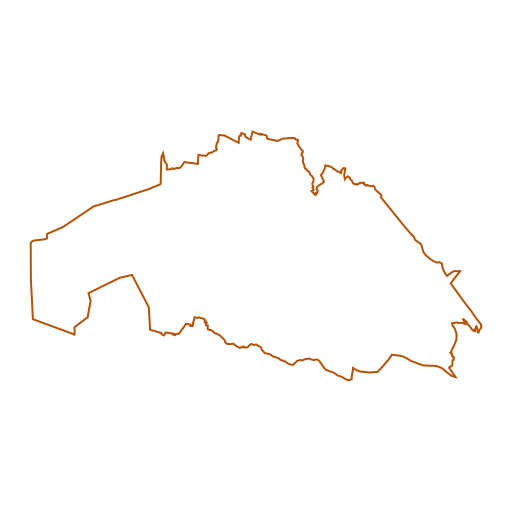 outline of Texcoco, México, Mexico
{"feature_id": "50627088B50126405105256", "entity_name": "Texcoco", "entity_type": "district", "adm_level": 2, "iso_a3": "MEX", "parent_name": "Mexico", "parent_adm1": "México", "projection": "equal_earth", "projection_center": [-98.834, 19.476], "detail": "fine", "context": "isolated", "style": "outline", "palette": "amber", "viewbox_px": 512, "rotation_deg": 0, "n_neighbors": 0, "source": "geoboundaries", "source_scale": "gbopen_adm2", "svg_char_len": 6075}
<svg xmlns="http://www.w3.org/2000/svg" viewBox="0 0 512 512"><path d="M47.1,233.8L47.1,238.4L45.3,239.2L33.7,240.6L32.6,241.1L31.9,241.6L30.7,242.9L30.9,279.9L32.9,319.2L73.9,334.3L74.0,334.7L74.4,334.7L74.6,333.3L74.6,332.6L74.5,328.7L74.7,327.1L87.0,317.7L87.5,317.6L87.9,316.6L87.9,315.7L88.7,311.2L90.5,301.7L90.7,301.3L88.5,293.1L119.7,277.8L132.0,274.9L148.8,307.3L150.1,329.8L160.8,332.8L160.7,333.2L161.4,333.4L162.2,334.7L164.0,335.4L165.7,332.5L167.5,332.9L171.9,333.4L173.0,333.6L172.9,334.5L175.2,335.1L175.4,333.9L177.7,334.0L179.1,333.5L186.1,323.8L190.4,324.6L190.3,325.9L192.5,326.2L193.1,323.9L192.8,323.8L194.7,317.2L197.5,318.0L198.7,317.3L204.5,319.1L204.7,320.2L205.1,320.4L204.7,321.5L205.9,321.6L205.5,322.8L206.6,322.9L205.9,325.3L207.8,325.5L207.7,328.3L207.9,328.7L207.9,329.4L209.7,330.1L210.9,329.9L212.9,331.4L214.0,332.5L215.8,333.7L216.7,333.6L220.4,335.8L221.0,336.7L224.3,339.7L225.1,341.2L225.1,342.0L227.0,343.9L230.8,344.2L231.8,343.9L233.7,343.9L234.6,344.9L237.8,346.9L239.7,347.8L240.9,347.6L242.0,346.9L242.3,347.1L242.7,346.7L243.6,347.0L244.2,346.8L244.6,347.5L244.8,347.4L247.4,347.5L247.6,347.3L249.6,345.1L251.0,344.1L252.0,344.1L253.5,345.1L254.9,344.9L255.9,344.4L256.8,344.8L257.6,345.6L260.7,347.1L261.2,347.8L261.7,349.6L265.0,353.3L267.6,353.6L270.8,354.6L272.6,356.3L277.2,357.8L279.1,358.6L280.2,359.7L281.6,360.2L282.1,360.2L283.7,361.2L284.8,361.2L287.9,363.5L290.9,364.7L293.2,364.8L293.3,364.2L293.7,364.0L295.6,362.5L296.9,361.1L299.4,360.2L300.6,360.0L302.2,360.5L302.6,360.5L304.3,359.3L306.6,359.1L308.4,358.5L309.4,358.7L310.8,359.3L313.1,360.0L314.3,360.0L316.0,359.5L317.5,359.6L319.4,361.1L324.8,368.9L325.8,369.8L327.3,370.3L330.5,371.6L331.8,371.8L334.4,373.1L338.3,375.8L342.0,376.8L342.7,377.4L344.8,378.7L347.1,379.8L349.2,380.4L350.5,379.4L351.6,379.3L352.0,374.6L352.6,371.9L353.1,367.9L354.5,368.9L356.8,370.3L359.6,371.3L361.9,371.7L369.8,372.5L374.3,372.1L377.3,372.0L378.7,370.7L384.4,364.5L385.9,362.5L388.2,360.1L389.9,357.9L391.8,354.7L401.4,356.0L405.7,357.8L408.2,359.3L409.4,359.9L410.3,360.6L412.3,361.5L414.9,362.3L417.9,363.6L423.5,365.4L436.4,366.0L441.6,368.0L444.3,370.0L446.5,372.0L450.7,375.2L451.9,375.9L452.7,376.3L455.6,377.0L449.1,367.9L449.4,367.1L449.8,366.7L450.9,366.6L451.4,366.2L452.3,365.2L452.5,364.0L452.3,361.0L452.6,360.5L452.8,360.2L453.7,359.8L454.0,358.1L453.4,357.7L453.5,356.9L453.1,356.3L452.3,356.2L452.1,355.8L452.0,354.1L451.7,354.1L451.4,353.8L451.0,353.1L450.3,352.7L450.8,352.2L451.3,352.1L451.4,350.6L451.8,349.9L454.2,345.2L456.0,340.8L456.5,338.6L456.5,334.3L456.2,332.6L454.6,328.3L453.5,326.8L452.6,325.7L452.1,323.2L456.9,322.5L458.2,322.9L461.2,322.8L462.9,323.2L465.2,324.0L464.3,321.8L463.1,319.3L463.5,319.3L465.1,320.5L467.1,322.6L467.6,324.2L469.1,325.6L471.0,328.0L472.1,329.8L473.8,330.9L474.1,330.0L475.1,330.9L475.2,330.3L475.1,329.5L475.8,327.6L475.9,327.0L476.4,326.3L476.8,326.9L477.1,328.0L477.8,331.9L478.2,332.6L478.5,332.6L479.2,330.6L480.1,329.1L480.7,328.3L481.3,327.1L481.3,326.6L481.0,325.5L481.1,324.5L476.9,319.3L471.9,312.0L464.6,302.6L450.7,283.3L460.1,271.2L455.0,271.1L452.8,271.6L447.0,275.9L445.5,273.9L443.8,270.9L443.3,269.7L442.6,267.7L441.8,263.5L439.1,262.1L437.8,262.6L436.5,262.5L433.1,260.9L430.8,259.4L427.7,257.0L426.3,255.6L424.9,254.1L423.5,252.2L421.1,244.2L415.0,239.8L414.0,237.2L411.4,234.0L412.2,235.4L403.7,225.5L380.9,197.3L381.4,195.1L375.6,189.9L374.3,186.7L373.2,185.8L370.8,186.3L367.2,185.0L366.4,185.6L366.3,185.3L365.0,184.8L364.2,183.4L364.0,183.6L363.6,182.8L362.9,183.2L362.4,182.6L359.4,183.1L359.3,183.5L358.6,183.6L358.4,184.0L357.1,184.6L356.3,184.1L356.2,184.3L355.5,184.5L355.2,184.3L354.7,184.3L353.1,183.3L352.9,183.1L353.0,182.8L351.8,180.7L351.6,180.6L350.2,179.1L349.5,177.5L348.3,176.6L347.7,176.4L346.9,177.1L346.6,177.5L345.5,177.9L344.9,179.0L344.1,175.4L345.4,168.5L343.6,168.0L341.4,170.3L341.1,173.0L339.5,172.1L339.4,172.2L336.9,171.0L335.2,169.8L333.4,168.8L332.1,167.5L329.7,166.4L327.7,165.8L326.1,165.7L325.4,165.4L324.7,168.6L322.3,173.5L320.9,174.9L324.0,181.7L322.4,183.3L319.3,185.1L316.9,187.2L316.6,188.4L316.7,189.4L317.7,190.6L317.4,192.3L316.5,194.1L315.6,193.2L315.0,194.7L313.9,193.5L311.5,191.1L313.6,190.0L312.5,187.5L313.4,187.0L313.1,186.6L312.3,183.9L312.7,182.6L313.3,181.6L313.6,179.1L313.2,178.0L311.8,175.9L311.3,175.5L310.6,175.2L310.4,174.9L310.1,174.3L309.8,173.3L309.1,171.8L308.3,171.2L307.6,171.1L306.1,169.0L305.1,168.4L304.9,168.2L304.8,167.5L304.4,166.9L304.4,165.5L304.2,165.0L303.6,163.6L303.0,162.8L302.8,162.2L302.9,161.5L302.8,160.6L303.3,159.4L302.8,157.0L302.1,155.8L301.4,155.1L301.4,154.7L301.6,154.4L301.7,153.4L301.9,153.1L302.3,153.0L302.5,152.8L302.8,151.1L301.2,149.4L299.0,146.4L297.3,143.3L298.1,140.0L295.9,139.4L295.5,139.4L295.0,139.0L294.8,138.7L294.8,138.3L293.5,138.1L293.4,137.9L283.4,138.6L282.7,138.7L279.0,140.4L276.8,141.0L276.7,140.7L269.5,139.3L267.3,138.6L266.6,135.6L260.8,133.9L260.8,134.7L259.9,134.5L252.5,131.6L250.6,139.7L248.1,138.4L245.6,136.9L244.8,135.0L244.8,134.6L244.9,134.3L241.4,133.0L240.9,135.6L240.1,135.4L239.0,137.3L238.7,142.8L225.3,136.0L225.3,135.8L224.9,135.5L221.4,135.3L219.0,134.9L218.8,135.1L218.3,139.1L218.3,141.4L216.8,143.0L216.0,147.7L216.9,149.1L216.7,149.9L215.8,150.5L215.2,150.7L214.5,150.7L213.9,151.2L212.6,151.9L212.5,152.1L209.8,153.1L208.7,153.1L208.4,153.3L207.4,154.8L206.3,155.6L205.6,155.9L204.3,155.6L202.4,155.6L198.4,154.9L197.8,163.9L193.3,163.3L193.1,163.1L192.5,163.2L184.5,162.1L184.3,162.2L181.8,165.9L181.3,166.2L180.2,167.6L179.0,168.1L177.4,168.0L175.9,168.2L173.8,169.0L173.1,168.5L172.0,168.3L171.6,168.5L171.1,169.2L166.9,169.5L166.7,169.2L166.9,166.0L166.8,164.4L166.5,163.9L165.3,162.4L164.1,160.1L164.1,158.3L163.8,156.7L163.1,153.3L161.8,156.0L161.8,156.5L161.6,156.7L161.7,157.3L161.4,158.0L161.1,164.4L160.7,183.2L160.5,184.1L160.4,184.3L151.0,188.1L149.9,188.8L141.9,191.3L124.2,197.2L118.1,199.0L117.3,199.5L116.3,199.8L115.8,199.8L112.4,200.6L93.5,206.5L63.2,226.9L49.7,232.8L47.1,233.8Z" fill="none" stroke="#b45309" stroke-width="2"/></svg>